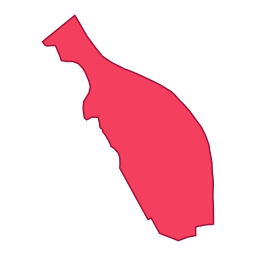 outline of Russey Keo, Phnom Penh, Cambodia
{"feature_id": "14789045B60405895501285", "entity_name": "Russey Keo", "entity_type": "district", "adm_level": 2, "iso_a3": "KHM", "parent_name": "Cambodia", "parent_adm1": "Phnom Penh", "projection": "robinson", "projection_center": [104.893, 11.621], "detail": "fine", "context": "isolated", "style": "filled", "palette": "rose", "viewbox_px": 256, "rotation_deg": 0, "n_neighbors": 0, "source": "geoboundaries", "source_scale": "gbopen_adm2", "svg_char_len": 1238}
<svg xmlns="http://www.w3.org/2000/svg" viewBox="0 0 256 256"><path d="M213.5,224.0L213.5,219.9L213.4,210.7L213.2,202.6L213.0,198.8L212.9,195.5L213.3,183.5L212.9,177.7L212.3,172.7L212.1,168.9L212.1,167.0L211.8,162.6L211.1,157.9L209.8,151.3L209.2,146.6L208.6,144.1L205.7,136.0L201.2,126.9L195.4,119.1L190.2,111.8L184.0,104.8L179.9,100.7L175.1,95.3L171.7,92.0L166.5,88.7L159.8,84.7L151.9,80.8L146.9,78.5L143.1,76.7L136.5,73.6L128.3,70.3L124.5,69.0L120.0,66.7L111.9,62.7L102.5,56.4L96.3,48.7L92.7,43.9L87.3,36.7L83.2,29.7L80.3,24.6L76.9,18.9L74.8,15.4L42.5,41.7L44.8,44.9L46.8,45.9L53.0,45.5L55.5,45.5L57.7,50.8L59.7,55.5L61.4,60.6L67.9,61.5L72.8,61.4L78.4,63.6L83.2,68.7L86.2,74.3L89.0,81.2L90.3,86.6L89.1,92.8L86.3,97.2L83.7,101.6L83.1,108.3L83.4,111.0L83.7,113.2L84.3,117.7L86.7,119.8L92.0,117.1L98.1,117.3L99.4,122.3L100.1,127.7L102.3,129.3L102.8,131.7L105.8,135.8L108.0,139.4L110.5,144.4L111.0,146.4L114.3,148.6L118.3,152.9L119.8,157.4L120.1,163.5L119.9,166.4L119.8,168.1L134.6,195.2L148.0,219.5L151.2,217.9L159.6,233.3L178.4,240.6L183.5,238.7L187.6,237.1L195.7,235.5L195.6,229.8L195.6,227.2L198.9,226.0L200.7,225.9L203.0,225.3L204.6,225.0L208.8,224.5L211.4,224.6L213.5,224.0Z" fill="#f43f5e" stroke="#9f1239" stroke-width="1.5"/></svg>